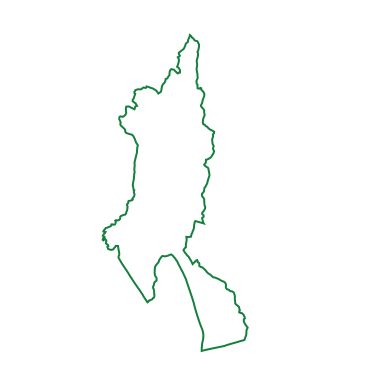 the district of Citlaltépetl, Veracruz, Mexico, rotated 195°
{"feature_id": "50627088B61699317845767", "entity_name": "Citlaltépetl", "entity_type": "district", "adm_level": 2, "iso_a3": "MEX", "parent_name": "Mexico", "parent_adm1": "Veracruz", "projection": "albers", "projection_center": [-97.89, 21.337], "detail": "fine", "context": "isolated", "style": "outline", "palette": "green", "viewbox_px": 384, "rotation_deg": 195, "n_neighbors": 0, "source": "geoboundaries", "source_scale": "gbopen_adm2", "svg_char_len": 6095}
<svg xmlns="http://www.w3.org/2000/svg" viewBox="0 0 384 384"><g transform="rotate(195 192 192)"><path d="M277.6,257.5L277.4,255.0L276.0,251.4L276.2,249.5L277.2,247.8L278.5,246.6L280.4,246.6L281.4,246.0L281.4,244.4L281.0,243.3L280.2,242.5L278.8,240.5L278.8,238.8L277.8,237.7L276.0,236.8L273.3,235.3L272.5,234.5L272.2,233.2L271.3,232.2L268.8,231.8L264.9,231.8L263.3,231.0L262.2,229.9L260.3,227.5L259.1,225.6L256.4,223.1L256.4,221.5L256.2,219.8L255.4,215.8L255.2,205.9L254.2,202.6L253.6,199.0L252.5,196.1L252.4,193.9L252.0,192.3L251.8,190.9L251.6,190.2L251.3,185.9L251.0,183.3L250.4,182.1L248.8,178.8L248.2,178.7L248.3,177.4L248.1,176.6L247.0,175.1L246.7,173.0L247.0,172.5L247.1,171.9L247.7,170.6L247.9,169.9L247.3,169.3L247.8,168.6L248.8,167.9L250.8,167.0L251.1,166.4L250.7,165.0L251.0,164.1L251.5,163.6L251.4,162.3L250.7,161.7L250.4,161.2L250.4,160.6L250.1,159.2L250.0,157.2L250.0,156.6L250.3,155.6L250.1,154.2L250.9,152.7L252.2,152.2L254.6,150.2L254.9,149.6L254.5,147.3L255.4,145.8L256.4,145.3L257.5,145.3L258.3,145.0L258.7,144.4L258.0,143.8L257.8,142.4L257.9,141.0L258.7,140.3L259.7,140.0L260.8,140.2L261.5,139.8L261.3,138.6L261.8,137.8L264.2,136.0L266.2,134.6L266.4,133.3L267.2,132.2L267.4,130.9L266.4,130.7L265.2,130.9L265.3,130.2L266.4,128.2L266.8,126.6L264.9,126.0L264.5,124.9L265.9,124.3L265.9,122.7L265.2,122.3L264.3,123.4L263.5,123.9L262.4,123.2L262.0,122.4L262.0,120.4L261.4,119.8L259.6,119.2L258.8,118.1L259.6,117.2L258.3,115.3L256.9,115.1L254.9,115.2L253.2,116.2L252.7,117.7L252.0,118.9L251.7,120.2L249.5,120.7L248.2,117.7L246.7,114.7L246.0,112.6L246.3,111.0L245.9,109.4L240.8,104.4L233.8,98.3L229.9,94.6L223.6,89.0L217.9,84.2L212.4,79.4L211.8,78.6L206.5,73.9L205.8,74.7L205.6,75.8L204.7,76.2L204.6,76.7L203.4,77.5L202.5,78.3L202.3,79.4L201.5,80.1L201.3,81.4L201.7,82.8L202.3,84.4L203.0,86.5L204.2,88.7L204.8,89.3L205.1,90.8L204.7,92.2L204.9,93.2L204.9,94.9L204.2,96.2L203.4,97.0L203.5,98.1L203.8,99.2L204.3,100.1L205.6,101.2L206.5,102.6L207.2,104.3L208.3,109.5L208.0,111.6L206.1,115.6L206.1,117.6L205.3,120.0L204.4,122.2L203.7,122.6L201.6,122.8L199.9,123.5L199.6,123.8L198.2,124.6L197.1,125.7L195.7,126.3L193.5,125.2L192.4,124.3L191.1,123.5L189.2,121.7L188.7,121.5L185.4,117.7L180.0,111.9L175.1,106.0L173.9,104.0L164.5,89.9L161.5,85.1L159.3,81.1L155.4,74.7L150.6,67.4L145.9,61.0L144.8,58.8L144.2,57.4L143.8,56.0L143.2,53.2L143.0,48.7L142.7,46.7L142.4,45.3L142.3,44.0L141.5,41.0L140.3,41.7L135.3,44.4L121.0,51.6L117.9,53.7L103.1,62.6L102.6,68.1L103.6,72.8L103.1,75.2L103.2,75.6L104.0,76.0L107.0,78.6L108.4,80.3L109.0,82.5L108.2,83.6L108.7,84.8L110.5,86.8L112.4,87.9L114.0,87.7L115.3,88.0L115.5,89.2L115.1,89.9L115.8,91.0L116.9,93.2L120.6,94.9L121.4,95.5L122.0,97.5L122.9,99.5L123.5,102.1L124.3,103.8L125.7,105.8L127.7,106.4L129.2,106.1L131.3,107.1L133.1,107.1L134.5,108.3L135.3,111.5L136.3,112.8L137.5,113.4L138.1,113.6L140.0,113.8L143.9,114.8L145.9,115.1L148.0,115.3L149.5,115.1L152.9,116.9L156.0,117.9L157.7,119.1L158.6,119.9L162.3,121.8L164.3,121.9L165.8,122.4L166.4,124.8L166.9,125.4L168.4,125.7L168.8,126.9L169.3,127.5L170.3,127.0L172.7,122.5L175.3,125.5L176.5,126.5L178.6,128.7L180.2,129.4L181.9,130.9L182.9,131.4L184.3,132.7L185.2,133.7L184.8,134.9L184.3,136.1L184.0,136.6L183.6,136.9L184.1,138.6L184.5,141.0L184.7,144.1L185.8,147.2L184.1,147.4L181.4,148.6L181.6,150.9L181.2,152.4L181.2,154.0L180.9,155.5L180.8,157.2L181.0,158.8L181.4,160.9L181.6,163.1L181.3,164.8L172.5,164.7L173.5,165.7L174.8,168.1L175.5,169.6L175.0,170.2L174.5,170.8L174.4,171.4L174.9,172.6L176.1,173.1L176.8,174.2L176.5,175.2L175.9,176.5L175.5,177.4L175.4,178.2L175.1,179.3L175.2,180.5L175.7,181.5L176.5,182.5L178.0,186.8L178.4,188.3L179.6,189.5L181.0,190.4L181.7,191.7L181.9,192.9L181.1,194.3L180.6,195.9L180.8,196.8L180.8,197.5L181.0,198.9L181.0,199.6L180.4,200.3L180.2,201.9L179.9,202.6L179.5,204.9L179.7,206.3L179.6,207.2L179.6,209.1L179.4,212.2L179.6,213.3L182.4,219.1L183.3,219.7L184.4,220.0L186.5,220.8L187.3,221.6L187.0,222.1L186.7,222.9L186.3,224.0L186.5,225.3L186.9,226.3L186.8,226.9L185.9,227.2L185.0,227.9L183.6,229.4L182.7,230.4L181.5,234.2L181.2,235.7L181.2,237.1L182.4,238.5L183.0,239.4L183.0,240.8L182.9,242.0L184.6,243.8L186.2,248.1L186.0,250.9L186.6,253.2L186.0,254.3L186.2,256.0L186.9,256.1L188.5,256.6L190.3,256.9L191.9,257.5L193.2,258.2L194.3,259.0L195.7,259.2L197.2,260.3L198.5,260.3L199.3,261.3L199.8,263.0L200.1,265.8L200.0,267.5L199.6,269.1L200.3,270.9L200.9,272.0L201.3,273.9L202.5,275.2L203.5,275.7L205.3,277.0L205.8,277.8L205.3,280.5L205.3,282.4L205.5,283.4L205.1,287.1L205.1,288.4L205.4,289.5L205.7,290.4L207.3,292.0L209.1,292.9L209.7,293.8L209.9,294.6L210.9,294.7L211.2,293.8L213.4,293.6L213.6,294.3L214.0,295.0L214.3,296.9L215.4,297.8L216.0,298.9L216.4,300.6L216.0,303.4L217.4,307.6L218.6,310.0L219.3,311.6L219.6,313.4L219.8,315.6L220.4,317.6L221.2,319.1L221.5,321.0L221.4,323.0L221.5,325.0L221.7,326.0L222.0,327.5L223.0,328.7L222.6,330.4L222.8,333.3L223.1,335.6L223.6,336.6L224.2,337.1L225.1,338.4L226.1,339.1L228.1,339.0L229.3,339.6L230.4,340.6L231.7,341.0L233.4,342.5L234.7,343.0L234.5,341.2L235.1,338.3L235.0,337.3L234.8,335.9L235.7,334.8L236.4,333.4L236.4,331.4L236.9,328.5L237.5,327.4L238.5,326.2L239.3,325.0L240.8,323.1L240.3,321.7L239.0,320.5L239.4,319.6L240.6,318.5L239.3,317.3L238.6,315.4L238.6,314.5L238.5,313.3L238.5,311.6L238.8,309.1L237.6,308.7L236.6,308.1L235.2,306.6L234.6,304.8L234.6,304.1L235.0,304.0L235.3,304.2L236.3,303.5L236.2,303.4L236.3,303.3L236.3,302.9L236.5,302.8L239.5,304.4L241.0,305.5L242.8,305.3L243.9,305.3L244.6,303.6L244.7,302.1L244.0,299.0L244.6,297.9L245.1,295.9L245.4,295.2L246.7,294.4L246.5,292.4L246.8,290.5L247.8,288.8L248.3,287.2L248.3,285.3L247.9,281.8L248.0,280.7L248.9,279.6L250.0,278.4L251.2,279.5L252.7,280.6L254.3,281.2L257.0,281.9L258.4,281.9L260.5,282.1L263.2,282.2L263.5,280.6L266.0,280.3L266.8,279.4L267.5,278.2L268.2,277.8L270.4,277.4L272.4,276.2L273.1,275.6L273.1,274.7L273.6,273.6L273.0,272.4L272.2,272.1L272.4,270.0L272.6,267.0L273.1,265.5L272.8,264.3L271.5,263.8L270.3,263.3L269.4,263.0L267.4,261.0L268.8,260.1L269.0,257.0L273.0,257.8L274.7,258.3L277.6,257.5Z" fill="none" stroke="#15803d" stroke-width="2"/></g></svg>